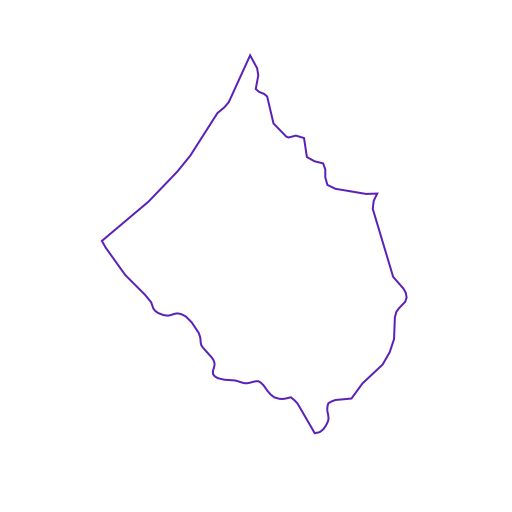 SVG path tracing the border of Teramo, rotated 247°
{"feature_id": "ITA-5419", "entity_name": "Teramo", "entity_type": "Province", "adm_level": 1, "iso_a3": "ITA", "parent_name": "Italy", "parent_adm1": "", "projection": "robinson", "projection_center": [13.64, 42.661], "detail": "fine", "context": "isolated", "style": "outline", "palette": "violet", "viewbox_px": 512, "rotation_deg": 247, "n_neighbors": 0, "source": "natural_earth", "source_scale": "10m", "svg_char_len": 1516}
<svg xmlns="http://www.w3.org/2000/svg" viewBox="0 0 512 512"><g transform="rotate(247 256 256)"><path d="M330.1,120.0L348.1,178.4L364.5,216.7L374.1,234.8L402.6,276.3L405.2,284.9L408.2,291.0L443.0,329.0L428.3,330.4L421.2,328.6L409.8,321.0L405.8,323.0L402.2,326.7L398.5,328.6L371.2,323.9L354.1,330.5L352.4,332.2L351.2,339.8L345.8,346.3L327.2,341.5L320.3,346.9L315.0,354.0L308.6,353.6L301.3,350.5L293.5,349.5L286.8,355.4L270.1,381.6L266.1,392.0L260.8,385.9L253.8,381.9L183.2,374.1L168.3,379.0L163.5,379.5L158.9,378.4L155.6,375.5L152.0,367.1L149.7,363.3L145.3,359.9L125.6,350.6L115.2,341.5L106.6,330.1L97.1,304.2L87.5,288.2L92.4,272.9L92.6,269.5L92.3,265.3L91.0,264.0L89.4,262.9L87.5,261.9L85.4,261.1L80.5,260.1L78.3,259.3L76.6,258.4L74.8,256.7L72.9,254.5L70.4,250.7L69.4,247.7L69.0,245.4L70.0,240.8L104.0,236.6L107.8,235.2L112.3,232.9L113.1,228.1L113.8,225.2L115.2,222.0L118.7,217.6L122.5,215.5L126.9,214.0L134.4,212.3L137.8,210.8L140.0,209.0L140.7,207.0L141.2,204.7L141.9,199.9L142.5,197.6L143.4,195.8L144.6,194.1L148.4,189.7L149.6,188.1L154.5,178.5L158.4,173.2L161.2,171.1L163.9,170.3L165.9,170.9L167.7,172.0L170.7,174.5L172.4,175.5L174.4,176.1L176.8,176.2L179.9,175.6L192.5,171.3L195.4,170.8L197.7,171.2L201.8,172.6L204.1,173.0L207.6,173.2L220.0,170.9L227.7,167.8L230.8,165.3L232.1,163.9L233.3,162.3L234.2,160.3L234.6,158.2L235.1,153.0L236.1,150.5L237.8,147.7L241.9,143.5L244.8,141.8L247.6,141.0L254.4,141.4L263.9,138.6L289.6,128.2L322.4,120.9L330.1,120.0Z" fill="none" stroke="#5b21b6" stroke-width="2"/></g></svg>